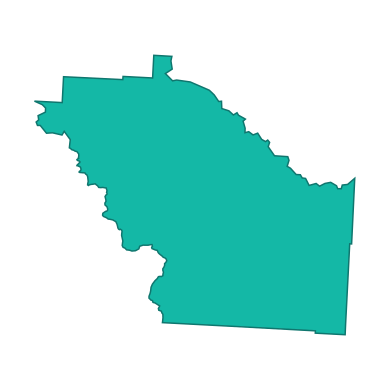 the district of Meagher, Montana, United States of America, rotated 3°
{"feature_id": "52423323B38602256292378", "entity_name": "Meagher", "entity_type": "district", "adm_level": 2, "iso_a3": "USA", "parent_name": "United States of America", "parent_adm1": "Montana", "projection": "natural_earth1", "projection_center": [-111.14, 46.636], "detail": "fine", "context": "isolated", "style": "filled", "palette": "teal", "viewbox_px": 384, "rotation_deg": 3, "n_neighbors": 0, "source": "geoboundaries", "source_scale": "gbopen_adm2", "svg_char_len": 3013}
<svg xmlns="http://www.w3.org/2000/svg" viewBox="0 0 384 384"><g transform="rotate(3 192 192)"><path d="M352.4,326.5L352.3,315.7L352.2,235.5L354.1,235.5L353.8,169.8L347.0,176.3L341.7,177.2L340.9,180.9L337.3,181.1L336.0,178.2L330.0,175.1L324.3,176.5L319.1,179.5L315.5,177.0L308.6,179.3L304.7,172.5L301.3,172.2L299.3,169.1L295.1,169.1L289.1,163.1L285.7,161.4L287.2,155.3L285.8,151.7L272.5,151.5L265.7,142.8L266.9,138.4L264.9,136.2L262.8,137.8L258.8,135.8L254.5,129.8L250.0,131.8L245.5,128.8L241.8,130.0L241.7,125.5L239.3,118.6L241.5,116.4L234.4,112.9L232.8,110.5L229.3,112.9L224.6,109.0L217.4,107.1L216.7,99.8L213.9,100.2L209.1,93.9L204.0,89.5L184.5,82.2L170.8,81.0L166.8,82.0L159.2,75.1L165.8,70.3L164.1,62.2L164.8,57.6L146.7,57.5L146.7,80.2L117.1,80.2L117.0,83.4L57.7,83.6L57.7,109.5L29.9,109.5L37.9,112.6L41.4,115.8L41.4,119.9L34.3,123.8L35.1,128.0L32.7,130.3L34.2,133.6L37.0,133.5L43.6,140.9L49.6,140.2L59.2,141.9L61.2,138.1L67.7,146.1L67.2,154.3L68.2,154.8L70.0,156.2L70.9,156.3L71.9,156.6L73.0,157.3L75.0,157.7L76.1,159.1L76.8,159.8L77.0,161.4L76.9,163.4L76.7,163.7L76.7,164.2L76.9,164.3L76.5,164.7L76.1,165.0L75.4,165.6L75.7,166.3L76.3,166.6L77.7,167.0L78.4,167.5L78.4,168.5L77.7,169.0L76.6,170.4L76.0,170.9L75.7,171.7L76.4,171.8L77.8,172.3L79.2,172.9L79.8,174.3L80.0,175.6L79.5,176.5L78.4,177.4L78.2,178.0L79.0,178.4L80.0,178.4L82.0,178.5L84.0,178.5L84.8,179.6L86.1,180.4L87.0,182.1L87.5,185.0L87.8,186.9L87.4,189.4L87.4,190.4L88.4,190.9L88.9,190.3L90.9,189.7L92.7,189.4L95.0,188.9L96.0,189.8L97.4,190.7L98.6,192.3L100.6,192.4L102.6,192.1L103.4,192.2L104.8,192.4L106.0,192.4L106.4,193.4L106.6,194.0L107.1,195.2L106.7,196.9L107.2,197.7L107.2,198.7L106.2,199.6L105.4,201.1L106.3,204.0L106.6,205.8L105.6,207.6L105.8,209.5L107.8,211.1L108.7,213.3L108.7,214.4L107.8,215.7L106.8,215.8L104.1,217.9L103.9,219.8L104.8,221.0L108.0,222.2L109.7,223.4L111.3,223.5L114.3,224.0L117.5,225.6L118.9,228.3L119.5,230.3L119.9,231.8L120.6,232.9L121.5,233.4L122.3,232.9L123.8,233.8L124.2,235.1L124.0,237.4L124.0,239.1L124.7,241.6L125.5,244.6L125.3,246.3L125.1,249.1L126.1,250.9L127.9,251.5L129.7,253.2L132.7,253.4L135.1,254.1L138.6,253.6L141.9,251.6L142.6,248.9L146.1,247.6L147.9,247.6L151.0,247.4L153.7,246.7L154.8,246.6L155.3,248.3L154.6,249.3L155.0,250.6L157.3,251.4L158.3,251.8L160.3,252.1L161.0,253.4L161.4,254.3L162.4,255.3L163.7,256.3L165.2,257.3L166.7,258.7L168.5,259.3L169.5,260.0L170.4,261.9L169.5,263.8L168.4,264.9L168.5,266.7L167.9,268.5L166.9,270.2L167.0,271.8L167.7,273.6L167.3,275.6L167.3,277.1L165.7,278.1L164.6,277.9L162.9,278.3L161.9,280.2L159.7,282.5L157.3,286.1L156.1,289.3L155.9,292.9L155.5,295.3L154.7,297.8L154.5,299.0L154.7,300.4L155.6,301.1L156.6,302.1L157.5,302.3L158.3,302.6L158.6,303.3L158.5,303.8L159.1,304.4L160.0,304.5L161.0,304.8L163.1,306.0L164.7,306.9L165.6,307.3L165.5,308.1L164.5,310.0L165.0,311.8L167.6,312.6L168.3,314.4L169.3,315.6L169.6,319.1L169.4,323.1L169.3,324.0L185.4,324.0L234.6,324.0L322.5,324.2L322.5,326.5L352.4,326.5Z" fill="#14b8a6" stroke="#0f766e" stroke-width="1.5"/></g></svg>